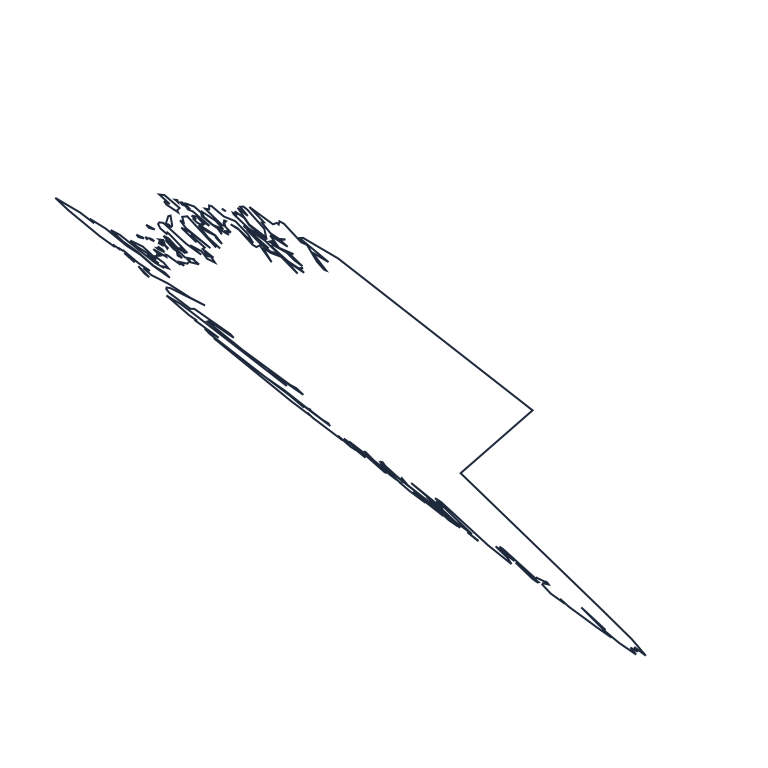 Nationalparken, Equal Earth projection, rotated 218°
{"feature_id": "GRL-2742", "entity_name": "Nationalparken", "entity_type": "state/province", "adm_level": 1, "iso_a3": "GRL", "parent_name": "Greenland", "parent_adm1": "", "projection": "equal_earth", "projection_center": [-27.197, 77.317], "detail": "fine", "context": "isolated", "style": "outline", "palette": "slate", "viewbox_px": 768, "rotation_deg": 218, "n_neighbors": 0, "source": "natural_earth", "source_scale": "10m", "svg_char_len": 6185}
<svg xmlns="http://www.w3.org/2000/svg" viewBox="0 0 768 768"><g transform="rotate(218 384 384)"><path d="M537.8,449.3L497.4,454.7L250.7,454.7L268.7,360.9L76.5,340.6L31.8,335.5L10.4,331.1L24.8,330.8L19.2,329.2L27.5,328.0L18.8,326.0L39.5,324.7L57.4,325.3L59.1,326.7L91.0,329.4L48.5,324.2L65.9,323.3L100.9,322.3L113.1,323.1L106.2,322.2L123.5,321.5L135.8,323.4L136.0,324.9L130.8,327.4L132.5,327.9L135.6,328.0L133.0,327.8L144.5,325.3L144.4,324.0L188.2,327.2L192.9,327.0L172.1,324.8L196.1,324.8L179.7,323.1L172.7,320.6L203.4,321.0L266.1,326.1L273.5,325.5L262.7,324.3L270.6,323.5L264.9,322.9L268.5,322.1L301.6,322.7L279.3,321.8L280.9,321.3L251.5,318.8L306.1,318.9L304.2,319.2L312.1,320.8L312.0,319.6L308.2,319.1L312.9,318.9L332.5,320.2L336.7,321.5L339.3,320.6L335.7,320.2L337.9,319.8L336.7,319.3L321.8,318.8L248.6,318.3L235.4,317.5L248.7,317.8L238.3,317.2L249.1,316.6L261.5,317.7L287.0,317.8L255.8,316.5L294.8,316.6L278.1,315.9L297.7,315.4L311.6,316.1L308.2,316.7L312.1,316.3L326.2,317.3L344.5,317.5L356.4,319.0L358.5,318.4L348.8,317.4L376.3,317.2L354.0,316.9L382.1,316.3L355.8,315.9L353.3,315.6L355.7,315.2L353.3,314.5L368.7,314.9L365.1,314.5L372.1,314.0L388.6,314.9L382.1,314.1L419.2,313.5L426.9,314.3L423.2,313.7L446.5,313.3L546.4,315.3L451.1,316.9L432.5,316.2L446.4,317.0L400.4,317.9L405.1,318.0L402.5,318.9L410.2,317.9L423.8,317.8L426.8,318.1L425.8,318.6L430.0,317.6L458.3,317.7L481.4,316.4L552.7,316.2L559.5,317.3L542.7,318.7L571.6,317.8L572.9,318.0L570.2,318.1L572.4,318.6L570.3,318.8L579.6,318.2L609.9,319.8L593.7,321.8L572.4,322.2L459.3,322.6L483.9,323.5L440.9,325.8L450.7,326.7L457.7,325.5L515.5,323.8L561.7,324.4L560.5,325.9L530.8,327.9L535.7,328.7L579.7,326.4L582.7,324.1L609.3,323.6L614.2,324.9L614.7,326.2L611.5,328.0L573.3,335.7L589.8,332.7L616.2,330.2L634.3,326.6L645.0,327.2L638.2,329.1L651.9,328.1L672.4,328.8L671.2,328.3L677.2,327.8L674.1,327.4L682.3,327.1L681.8,326.2L699.3,325.5L739.6,326.6L757.6,328.3L729.0,332.0L711.3,332.2L717.6,333.1L698.8,335.1L671.7,334.5L655.8,335.9L638.6,335.0L618.2,335.9L625.6,336.8L638.4,335.3L659.8,336.5L677.0,335.7L694.1,337.1L684.1,338.9L638.9,338.6L628.6,340.0L631.7,340.2L625.1,342.4L632.0,343.9L643.4,343.6L637.9,348.7L642.6,346.6L643.3,347.8L648.8,348.3L633.9,350.2L635.7,351.5L634.0,352.1L617.7,352.7L619.7,353.4L614.2,354.2L619.7,354.6L613.1,357.7L612.9,360.1L603.4,364.4L611.3,364.6L609.6,365.8L618.8,361.2L646.6,364.4L648.9,365.1L643.3,366.1L631.9,364.2L620.8,364.7L629.2,366.1L626.4,366.7L619.4,366.2L644.9,369.9L648.1,370.0L647.7,368.5L656.1,368.9L660.5,371.0L660.6,373.0L657.1,375.1L626.2,372.7L607.6,373.4L622.2,374.0L609.4,376.3L600.5,373.8L592.1,375.6L598.7,377.8L601.4,376.3L606.7,376.9L602.4,377.3L608.4,378.4L596.0,378.6L610.1,378.7L609.3,381.2L628.4,382.4L618.9,380.2L640.0,382.4L630.9,384.2L604.4,384.2L636.1,384.9L645.4,387.4L641.4,388.0L645.9,391.5L642.3,395.0L600.3,388.2L613.7,390.9L596.6,389.9L613.4,391.2L627.9,395.0L617.5,395.2L608.6,397.0L605.9,395.7L597.9,394.6L598.4,394.8L608.5,397.3L625.4,395.8L624.3,398.9L626.8,400.3L618.9,401.2L640.9,402.3L645.8,400.9L647.9,401.5L646.2,402.6L652.7,403.7L642.8,407.0L633.7,406.4L630.8,404.1L617.0,403.8L611.1,404.2L603.9,402.1L609.0,404.6L598.0,406.0L604.3,406.2L600.2,408.0L602.8,408.7L597.9,409.1L605.8,410.3L608.8,412.4L608.7,415.1L610.6,414.5L609.6,412.1L607.0,410.6L609.0,409.5L632.9,412.0L629.3,414.0L631.7,417.0L629.2,418.0L613.3,417.4L601.3,420.8L583.2,418.2L573.8,414.5L595.6,416.6L603.2,415.4L593.4,416.3L573.3,412.8L568.9,413.3L567.2,416.7L547.5,410.8L563.6,416.9L553.9,417.6L543.3,420.9L520.0,417.8L536.5,421.0L515.4,422.5L520.5,422.8L519.2,425.5L522.8,422.6L535.7,421.6L557.9,423.2L556.6,425.3L541.5,427.6L530.4,426.3L520.7,426.6L538.0,428.3L535.4,430.6L550.5,426.7L565.3,431.0L544.4,432.9L554.3,433.4L550.6,437.3L556.1,433.7L566.2,432.9L579.7,436.0L578.0,437.5L599.1,440.6L569.8,441.5L567.6,445.0L565.2,444.9L566.6,447.8L561.5,448.7L536.6,444.7L530.4,446.2L512.0,439.1L501.4,437.2L499.5,437.8L521.6,443.5L502.8,445.9L540.3,447.0L537.8,449.3ZM243.2,319.4L270.6,321.7L260.9,322.6L265.6,323.5L261.2,323.8L222.2,319.8L243.2,319.4ZM607.8,432.8L594.8,432.6L606.4,435.1L604.0,437.3L598.8,437.2L573.9,432.6L567.0,426.9L588.5,426.7L607.8,432.8ZM566.3,423.7L547.4,421.6L554.7,418.5L567.2,418.3L587.1,421.1L559.1,419.7L558.4,419.9L592.2,422.1L566.3,423.7ZM640.1,342.3L664.9,340.1L672.2,340.9L658.9,343.8L640.1,342.3ZM607.9,428.2L596.3,428.8L588.1,426.2L565.3,425.1L586.7,423.3L607.0,425.2L608.4,425.9L603.6,427.1L607.9,428.2ZM628.4,404.7L634.9,407.6L617.1,409.0L605.7,406.9L617.1,404.0L628.4,404.7ZM677.7,395.0L673.3,397.7L653.4,396.8L653.9,393.4L652.1,392.5L665.9,391.4L669.9,392.7L663.7,393.9L677.7,395.0ZM140.1,323.0L140.9,322.1L147.6,321.9L170.4,324.3L140.1,323.0ZM657.3,383.4L655.9,385.3L648.3,378.3L648.3,377.0L653.4,376.9L648.5,375.2L654.7,376.2L657.3,383.4ZM639.2,398.2L634.2,400.8L625.6,399.2L626.7,396.8L630.7,396.1L636.7,396.8L633.4,398.1L639.2,398.2ZM650.1,325.6L634.7,323.6L640.6,323.6L650.1,325.6ZM329.6,314.9L356.3,316.5L326.9,315.3L329.6,314.9ZM328.5,316.2L346.9,316.6L341.2,317.3L328.5,316.2ZM650.5,339.8L635.6,340.4L640.8,339.0L650.5,339.8ZM324.0,316.1L338.4,317.4L314.8,316.2L324.0,316.1ZM669.4,363.0L659.7,364.7L665.2,362.3L669.4,363.0ZM633.1,360.9L644.8,362.8L625.6,361.3L633.1,360.9ZM649.0,356.2L646.9,357.6L649.6,358.7L643.8,358.4L643.4,357.0L649.0,356.2ZM669.4,327.3L656.3,326.6L655.3,326.4L669.4,327.3ZM227.1,318.5L214.0,318.6L212.9,318.2L227.1,318.5ZM647.1,353.1L641.5,353.5L638.2,352.8L644.9,351.2L646.5,351.3L644.2,352.6L646.8,352.7L643.2,352.9L647.1,353.1ZM671.0,349.3L667.0,350.1L664.8,350.9L662.8,350.9L667.9,348.6L671.0,349.3ZM656.3,401.7L655.0,402.8L648.7,402.3L653.6,401.1L656.3,401.7ZM646.6,361.6L643.2,359.4L650.2,359.4L646.6,361.6ZM562.0,425.6L560.4,427.6L553.7,426.6L556.7,426.0L562.0,425.6ZM627.1,359.4L623.8,359.5L620.5,359.0L625.7,358.2L627.1,359.4ZM642.6,358.6L638.1,358.1L638.0,357.2L642.6,358.6ZM659.1,354.4L655.1,355.3L652.9,355.0L656.7,354.2L659.1,354.4ZM614.2,362.3L612.8,361.5L616.5,361.1L614.2,362.3ZM659.5,353.6L660.0,352.2L662.5,352.9L659.5,353.6ZM661.9,400.6L660.2,401.7L658.4,400.4L660.3,400.6L661.9,400.6ZM614.9,422.7L619.0,422.3L619.6,422.5L614.9,422.7Z" fill="none" stroke="#1e293b" stroke-width="2"/></g></svg>